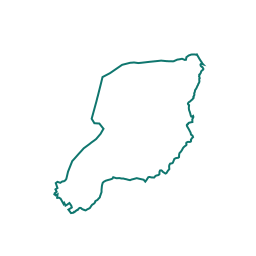 the district of Huiloapan de Cuauhtémoc, Veracruz, Mexico, rotated 151°
{"feature_id": "50627088B60002798867567", "entity_name": "Huiloapan de Cuauhtémoc", "entity_type": "district", "adm_level": 2, "iso_a3": "MEX", "parent_name": "Mexico", "parent_adm1": "Veracruz", "projection": "mercator", "projection_center": [-97.133, 18.816], "detail": "fine", "context": "isolated", "style": "outline", "palette": "teal", "viewbox_px": 256, "rotation_deg": 151, "n_neighbors": 0, "source": "geoboundaries", "source_scale": "gbopen_adm2", "svg_char_len": 5042}
<svg xmlns="http://www.w3.org/2000/svg" viewBox="0 0 256 256"><g transform="rotate(151 128 128)"><path d="M125.6,184.9L130.3,179.8L138.9,170.6L140.1,169.4L142.6,166.7L146.8,162.4L155.3,153.7L155.1,149.5L155.1,148.5L150.9,145.8L150.1,140.8L149.8,139.2L153.2,137.2L154.8,136.2L161.2,133.8L164.0,133.4L165.9,133.2L167.4,133.0L169.0,132.7L169.7,132.6L172.0,132.3L174.3,132.0L176.6,131.7L180.0,130.5L183.9,129.2L186.4,128.3L190.1,127.0L192.8,126.1L201.6,118.9L206.6,113.4L208.3,112.6L210.0,112.5L211.3,113.1L213.8,112.9L214.9,114.1L215.8,115.1L217.9,114.8L218.1,113.6L218.3,112.3L218.4,112.2L218.8,109.7L221.2,109.5L221.3,106.8L223.7,106.5L223.8,106.4L224.1,106.1L224.6,105.7L224.5,105.4L224.3,105.2L224.1,105.0L224.0,104.5L223.6,104.7L223.0,104.2L222.5,104.1L222.2,104.1L221.8,104.1L223.3,102.1L223.9,101.3L223.9,101.2L223.5,101.0L222.3,100.6L222.0,100.4L221.7,99.7L221.2,98.9L221.2,96.3L221.2,96.2L221.2,95.6L221.2,92.7L220.1,93.4L220.1,93.0L220.2,91.0L220.3,90.4L220.1,90.4L217.9,90.5L217.3,90.6L215.6,90.8L215.3,87.9L215.3,87.6L215.3,87.3L215.7,85.7L217.5,85.6L219.7,85.5L219.4,83.5L219.1,81.2L216.9,80.4L215.8,80.8L215.5,80.4L215.0,80.6L214.5,80.6L214.3,80.6L214.1,80.7L213.8,80.9L213.5,80.9L213.1,80.8L212.9,80.8L212.7,80.9L212.5,81.0L212.2,80.9L211.8,80.7L211.6,80.7L211.5,80.8L211.3,80.9L211.0,81.1L210.7,81.2L210.3,81.3L209.9,81.4L209.6,81.5L209.3,81.5L209.0,81.5L208.7,81.4L208.4,81.2L208.1,81.0L207.9,80.7L207.7,80.2L207.7,79.9L207.6,79.6L207.4,79.3L207.2,79.1L207.0,78.9L206.9,78.6L206.5,78.0L206.2,77.9L205.8,77.4L205.5,76.9L205.2,76.6L204.8,76.5L204.2,76.5L203.3,76.6L202.7,76.6L201.8,76.5L200.2,76.5L199.7,76.7L199.0,77.1L198.1,77.6L197.2,78.0L196.7,78.2L196.2,78.3L195.2,78.3L194.4,78.4L193.4,78.7L193.1,78.9L192.8,79.1L192.6,79.2L192.3,79.7L191.9,79.9L191.2,79.9L189.8,79.9L189.3,80.0L188.7,80.2L187.9,80.6L187.4,80.6L186.9,80.8L186.6,80.9L186.3,81.0L186.0,81.3L185.4,82.0L184.9,82.4L184.3,82.9L183.9,83.3L183.1,84.0L182.2,84.8L181.1,86.8L179.5,89.1L179.1,89.7L178.2,90.8L177.5,91.5L176.7,92.3L175.3,92.7L173.0,92.7L171.1,92.3L168.0,91.5L166.1,91.3L165.4,91.7L164.8,92.1L162.5,89.7L161.1,89.0L159.7,88.3L158.1,86.9L156.5,86.0L155.6,85.1L154.3,84.0L153.0,82.7L151.5,81.4L149.8,81.2L148.0,80.7L144.7,79.9L142.6,78.0L139.4,75.2L138.9,72.7L138.4,72.9L137.1,73.5L134.1,75.1L133.0,74.8L131.2,73.2L129.1,72.0L127.3,72.7L126.3,72.7L124.3,72.1L123.0,72.3L121.7,74.4L120.6,75.3L119.5,74.9L119.0,74.1L118.8,72.8L117.3,70.0L116.3,69.9L114.0,71.2L111.8,72.0L110.6,74.6L110.1,75.2L109.6,75.7L108.4,76.4L106.7,75.8L105.6,75.9L102.4,78.5L100.5,78.4L98.5,77.6L97.5,77.8L96.7,79.1L95.9,80.3L94.9,81.2L93.7,81.5L93.1,81.7L91.8,82.4L91.4,82.6L89.6,83.8L88.6,84.2L87.7,84.4L86.5,84.6L85.4,84.7L84.9,85.1L84.5,86.4L84.0,86.9L83.1,86.9L82.3,86.8L80.6,85.8L79.7,85.7L79.1,86.1L78.7,87.2L77.2,88.0L75.5,88.5L75.3,90.1L75.8,91.2L76.1,91.7L75.8,92.6L75.5,93.7L75.4,97.8L75.5,100.8L75.3,101.8L75.1,102.1L74.9,102.3L74.7,102.4L74.0,102.2L73.9,102.2L73.8,102.4L73.5,102.7L73.2,102.8L72.8,102.8L72.4,103.0L71.9,103.0L71.3,102.8L71.1,102.7L69.9,102.4L69.1,102.1L68.8,102.0L68.1,103.3L67.6,104.4L66.8,104.9L65.8,105.7L65.5,105.9L65.3,106.4L65.2,107.0L66.1,106.9L66.4,106.9L66.7,107.0L66.8,107.0L67.1,107.3L67.1,107.9L67.0,108.7L66.8,109.5L66.7,109.8L66.5,110.6L66.3,111.5L66.1,112.4L66.0,113.5L65.8,114.3L65.5,115.1L65.2,115.8L64.9,116.4L64.4,117.1L63.9,117.8L63.6,118.2L63.5,118.4L63.6,118.6L63.8,118.8L63.8,119.1L63.9,119.5L63.9,119.9L63.7,120.4L62.8,120.9L62.5,121.0L62.1,121.1L61.3,121.1L60.5,121.2L59.8,121.4L59.4,121.5L59.1,121.6L58.7,121.7L58.3,121.7L57.9,121.7L57.6,121.9L57.3,122.1L56.9,122.2L56.4,122.3L56.3,122.7L55.9,122.8L55.7,123.0L55.6,123.3L55.6,123.7L55.0,124.0L54.6,124.2L54.5,124.5L54.2,124.7L53.9,124.8L53.7,125.2L53.5,125.5L53.4,125.9L53.3,126.3L53.0,126.5L52.5,126.8L52.3,127.0L51.8,127.5L51.3,128.2L50.6,128.8L49.6,129.2L48.5,129.9L46.7,131.3L46.1,131.6L45.9,131.7L45.0,132.6L43.8,133.2L43.4,133.7L42.9,134.2L42.5,135.2L41.8,136.5L41.2,136.8L41.3,137.1L41.2,137.3L40.9,137.6L40.8,138.0L40.8,138.6L40.8,138.8L40.6,139.0L40.3,139.2L40.0,139.6L39.8,140.1L39.2,140.0L38.9,140.3L38.6,140.5L37.8,140.8L37.1,141.5L36.8,141.8L36.5,142.0L36.2,142.2L35.8,142.3L35.4,142.4L35.0,142.5L34.7,142.5L34.3,142.6L33.9,142.7L33.6,142.9L33.4,143.2L33.4,143.6L33.4,144.0L33.4,144.4L33.4,144.8L33.5,145.2L33.6,145.5L33.9,145.8L34.0,146.2L34.1,146.5L34.2,146.9L34.2,147.3L34.1,147.7L33.9,148.0L33.8,148.4L33.4,148.6L33.1,148.6L32.7,148.6L32.4,148.4L32.1,148.1L31.9,147.8L31.7,147.5L31.4,147.2L31.7,148.4L31.7,149.6L31.7,150.0L31.8,150.5L32.0,153.5L32.1,159.0L32.9,159.0L33.3,159.4L33.7,159.8L34.1,160.0L35.1,160.6L35.7,160.9L37.1,161.6L38.0,161.7L39.8,162.0L41.8,161.7L42.6,161.6L44.2,159.6L45.3,160.0L45.6,160.4L47.1,162.3L47.9,162.6L48.7,162.8L50.4,163.4L51.7,163.9L55.0,164.2L55.7,164.2L57.2,165.0L57.3,165.1L60.0,166.6L61.2,167.4L61.6,167.6L64.8,169.8L66.4,170.9L68.6,171.8L77.0,175.4L85.0,178.7L87.5,179.8L91.0,182.4L92.8,183.2L94.5,184.0L102.5,186.1L116.1,184.8L117.3,184.7L125.4,184.9L125.6,184.9Z" fill="none" stroke="#0f766e" stroke-width="2"/></g></svg>